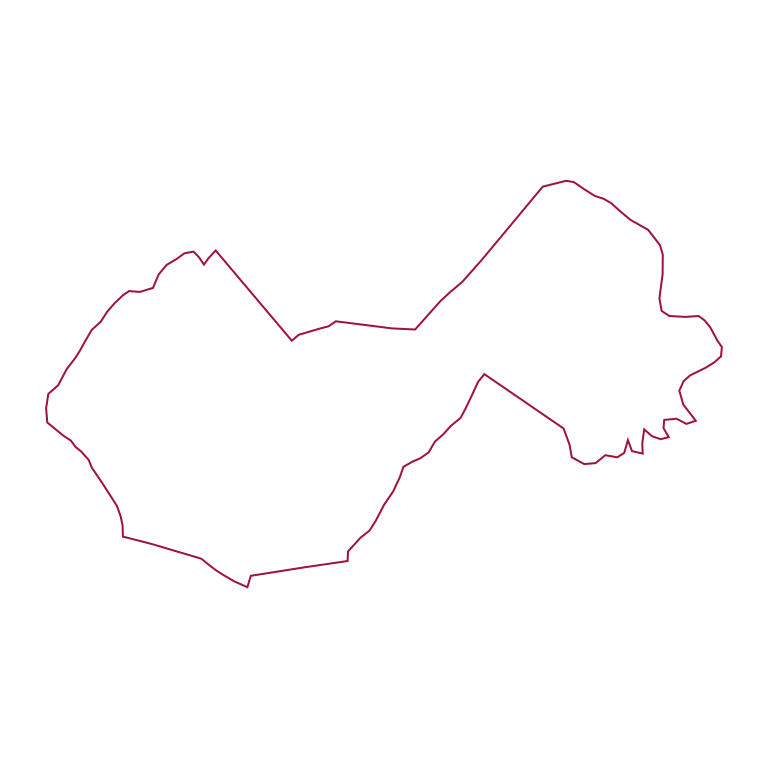 outline of São Tomé, Paraná, Brazil
{"feature_id": "56859067B35955710865711", "entity_name": "São Tomé", "entity_type": "district", "adm_level": 2, "iso_a3": "BRA", "parent_name": "Brazil", "parent_adm1": "Paraná", "projection": "natural_earth1", "projection_center": [-52.521, -23.524], "detail": "fine", "context": "isolated", "style": "outline", "palette": "rose", "viewbox_px": 768, "rotation_deg": 0, "n_neighbors": 0, "source": "geoboundaries", "source_scale": "gbopen_adm2", "svg_char_len": 1648}
<svg xmlns="http://www.w3.org/2000/svg" viewBox="0 0 768 768"><path d="M571.8,457.3L584.3,464.1L595.6,463.1L605.3,455.2L617.3,457.3L624.2,452.9L627.9,440.1L632.0,451.1L642.7,453.6L642.3,443.2L644.2,429.4L652.0,436.2L660.7,439.2L668.7,437.1L663.5,428.1L664.2,419.9L676.5,418.7L686.4,423.9L695.8,420.8L683.3,404.6L679.3,390.6L683.7,381.1L690.2,375.3L705.9,367.6L714.3,362.3L721.0,356.4L721.9,347.1L717.4,340.6L710.2,327.2L704.6,320.4L698.6,316.0L685.2,316.9L669.4,316.0L661.6,310.9L659.4,298.3L662.6,274.4L662.8,254.7L660.1,245.3L648.1,229.8L630.6,220.0L619.7,210.9L611.4,203.3L603.4,198.7L594.8,195.9L585.1,189.8L573.8,182.1L566.1,180.8L542.8,186.6L482.1,259.5L462.9,281.2L457.3,286.1L450.1,292.1L440.4,301.1L415.1,329.5L392.1,328.4L335.8,321.3L328.6,326.3L320.4,328.4L298.7,334.8L291.8,340.7L215.7,250.5L208.5,258.2L203.9,264.6L199.1,257.4L193.5,251.6L184.4,253.3L177.2,258.6L166.6,264.9L158.7,274.4L153.0,287.9L139.9,291.9L129.0,291.1L122.9,295.3L114.6,303.2L107.1,311.8L100.7,321.8L91.7,329.9L84.4,342.5L80.3,350.0L75.4,357.8L66.8,369.0L58.1,385.3L48.3,393.9L46.1,408.3L47.3,422.5L63.4,435.7L70.9,440.6L75.5,446.9L81.2,451.5L88.7,459.9L91.8,467.6L102.9,484.0L116.9,505.9L120.7,516.4L122.6,525.7L122.9,536.6L151.0,543.8L201.3,558.7L209.6,565.4L216.0,570.3L222.2,574.3L234.5,581.5L247.4,587.2L250.8,575.8L304.6,567.3L347.6,561.0L348.0,551.5L360.4,537.8L369.5,530.6L375.9,520.5L384.1,504.7L393.1,491.5L400.0,476.8L403.4,466.8L413.1,461.3L420.3,458.3L428.6,452.4L435.0,441.5L443.3,434.3L450.5,426.2L460.6,417.8L465.5,408.7L471.7,395.7L478.0,382.0L484.3,374.1L563.6,428.5L569.5,444.6L571.8,457.3Z" fill="none" stroke="#9f1239" stroke-width="2"/></svg>